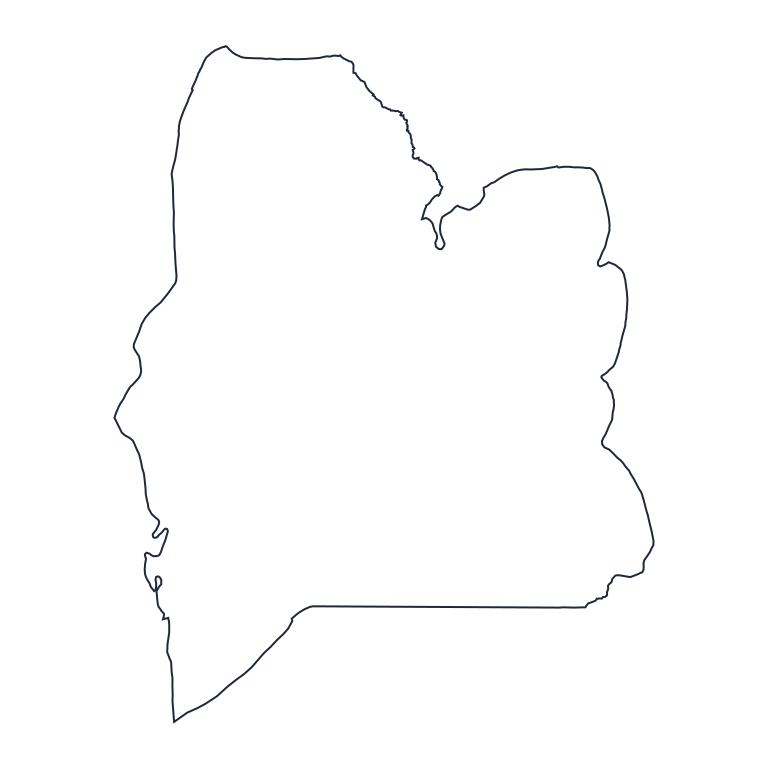 outline of Prasat Sambour, Kâmpóng Thum, Cambodia
{"feature_id": "14789045B86193170261556", "entity_name": "Prasat Sambour", "entity_type": "district", "adm_level": 2, "iso_a3": "KHM", "parent_name": "Cambodia", "parent_adm1": "Kâmpóng Thum", "projection": "natural_earth1", "projection_center": [105.145, 12.863], "detail": "fine", "context": "isolated", "style": "outline", "palette": "slate", "viewbox_px": 768, "rotation_deg": 0, "n_neighbors": 0, "source": "geoboundaries", "source_scale": "gbopen_adm2", "svg_char_len": 6067}
<svg xmlns="http://www.w3.org/2000/svg" viewBox="0 0 768 768"><path d="M171.6,671.5L172.5,678.6L172.4,686.1L172.7,694.3L172.5,701.4L174.1,721.9L187.1,712.7L197.6,708.0L205.4,703.8L217.0,696.2L227.2,686.9L235.6,680.2L244.6,673.6L251.7,667.2L264.2,652.8L270.7,646.8L277.0,640.0L283.5,633.9L288.1,628.7L292.3,621.1L291.7,618.7L297.5,613.7L300.2,611.8L304.8,609.1L310.2,606.8L313.0,606.3L560.2,607.6L562.7,607.3L573.8,607.6L585.5,607.3L586.1,606.0L588.2,603.4L593.6,601.5L595.5,600.7L596.9,598.6L597.9,598.8L599.3,598.4L601.8,598.6L602.8,597.1L605.1,596.9L606.9,595.5L607.1,594.3L607.0,592.2L608.2,589.0L608.0,585.7L609.3,584.0L610.8,582.8L611.7,581.8L612.2,579.1L615.2,575.7L617.2,575.2L620.1,575.4L630.3,577.1L637.9,574.2L640.9,572.7L642.3,572.3L643.5,569.8L643.7,566.9L643.5,563.2L644.3,560.2L649.8,552.3L651.8,547.8L653.3,545.4L653.5,542.0L653.4,540.1L651.7,531.7L648.8,519.7L647.9,515.4L646.8,512.1L643.2,498.3L641.3,492.4L639.1,489.0L634.0,479.3L630.0,472.7L629.4,471.0L625.4,466.5L623.3,463.3L620.9,460.6L617.3,457.7L613.0,453.2L609.1,449.5L604.4,447.4L602.2,444.3L601.9,441.2L603.3,438.1L605.5,434.5L609.4,425.2L612.1,419.8L612.8,412.0L613.5,409.5L614.1,404.9L613.8,402.2L613.8,399.8L613.1,398.0L612.5,394.5L611.4,390.8L609.8,388.7L608.5,386.5L607.5,383.6L606.4,382.2L603.8,380.5L602.4,378.9L601.3,377.2L601.7,376.0L605.6,373.5L607.8,371.6L609.1,370.1L613.1,366.7L614.9,363.6L617.7,355.4L618.6,352.7L619.3,349.1L620.1,346.9L620.6,344.8L620.7,342.6L621.2,341.4L622.5,335.4L625.3,325.8L625.5,321.8L626.2,318.6L626.5,313.4L627.0,309.2L627.4,299.1L626.7,290.9L625.2,279.6L624.3,276.5L624.1,274.7L622.4,271.3L621.2,269.6L615.3,264.9L608.6,262.2L606.8,263.5L603.1,265.4L600.4,266.4L598.5,265.6L598.0,264.4L597.9,263.1L598.2,261.5L598.8,260.0L599.9,258.7L602.3,252.3L604.7,247.9L605.6,245.2L606.8,240.1L609.5,230.5L609.4,228.4L609.6,225.2L608.8,217.5L607.1,208.9L604.7,199.2L602.5,192.1L602.1,190.0L600.4,183.8L598.8,180.5L597.3,176.3L594.8,171.8L593.1,170.0L591.4,168.8L589.7,168.0L587.0,168.1L583.0,167.6L577.8,167.3L574.6,167.4L569.2,166.8L563.6,166.8L558.6,167.5L557.1,166.3L554.4,167.0L541.9,169.0L530.1,169.5L526.0,169.3L522.9,169.5L517.4,170.4L511.3,172.3L504.4,175.6L499.9,178.3L494.1,182.3L491.4,183.1L487.1,186.2L483.7,187.7L483.7,189.3L484.0,193.0L484.4,194.4L483.9,196.5L480.2,202.7L475.9,206.0L470.1,209.7L467.6,209.6L459.3,206.8L457.6,205.7L455.1,207.2L451.1,211.5L444.3,215.6L442.1,217.3L441.1,220.5L440.2,225.1L440.0,229.4L440.6,233.8L444.6,243.8L443.9,246.1L441.6,249.2L438.7,249.0L435.9,246.6L435.3,242.7L437.0,238.4L437.0,235.8L436.2,233.1L434.7,230.9L432.5,223.3L430.2,220.5L427.9,218.9L425.9,218.0L422.0,219.2L425.0,208.9L426.0,207.2L426.0,205.6L428.1,204.3L430.0,202.5L431.5,200.0L433.4,197.7L434.9,196.3L437.2,195.1L438.5,195.8L440.2,193.1L440.8,190.2L441.8,188.7L442.4,187.0L440.8,185.6L439.7,184.0L439.8,182.7L439.0,181.9L438.7,180.3L436.9,179.1L437.1,178.0L436.5,174.5L435.9,173.1L435.0,171.7L433.7,171.0L433.4,169.9L432.3,168.0L431.3,167.1L430.5,165.7L427.2,164.6L420.7,160.2L419.5,160.4L418.5,159.5L418.7,157.8L417.3,157.9L416.2,158.7L413.8,158.5L413.1,157.5L412.6,156.3L412.7,155.1L413.5,153.5L413.4,152.0L412.7,150.0L414.5,148.5L413.8,147.3L412.8,147.0L412.4,144.4L411.5,143.2L411.6,139.5L410.8,137.9L410.8,135.7L410.3,134.2L408.5,132.2L408.4,130.7L406.9,130.7L406.9,129.6L407.7,127.9L407.2,126.8L407.8,125.8L407.1,124.9L406.3,122.9L406.9,121.8L407.0,120.3L406.1,119.8L405.1,119.8L403.9,118.5L403.4,116.8L403.4,115.3L401.3,115.7L400.4,115.1L401.8,112.7L399.4,112.0L398.0,111.0L396.2,111.2L392.5,110.5L390.8,110.6L390.0,109.3L388.7,109.3L385.0,107.3L383.4,107.3L382.3,106.6L381.0,102.4L380.1,101.1L376.8,99.2L375.4,98.1L375.0,96.7L372.8,95.5L373.6,94.4L369.6,91.2L368.2,89.4L366.4,87.0L364.5,82.1L362.7,81.1L360.8,80.4L356.8,75.5L355.6,73.2L353.4,72.8L353.5,64.9L352.5,62.9L351.1,61.7L348.9,61.1L343.6,58.4L341.3,56.7L340.2,55.3L338.9,56.0L335.8,55.7L333.4,55.7L330.0,56.6L327.7,56.3L324.8,56.6L319.9,57.9L304.4,59.0L296.7,59.2L284.4,59.0L277.7,59.5L270.2,58.6L265.8,58.9L262.2,58.4L252.3,58.2L244.8,57.8L241.6,57.2L235.7,54.5L233.0,52.8L228.9,49.1L227.6,47.4L226.7,46.6L225.6,46.1L224.5,46.9L222.4,47.2L215.4,50.2L211.2,53.1L206.2,57.6L203.7,62.1L201.5,67.5L200.1,69.7L199.5,71.5L198.3,73.2L197.5,75.8L195.3,81.3L192.8,86.5L191.8,89.0L192.7,90.0L188.6,98.8L187.7,101.7L183.8,110.5L181.0,118.0L179.9,121.4L179.0,125.8L178.9,129.1L178.6,131.3L178.9,134.8L177.9,141.0L177.4,145.5L176.9,148.4L176.5,151.4L175.2,159.3L173.1,167.0L171.6,173.8L172.3,179.2L172.9,186.5L173.3,203.6L173.9,212.8L173.6,224.0L173.8,230.6L174.3,235.7L174.5,247.5L175.1,254.4L175.5,263.6L176.5,275.8L176.2,280.4L175.3,283.2L167.7,293.8L160.5,302.6L155.4,306.9L149.5,312.8L145.1,318.1L141.7,324.0L139.3,331.1L133.9,344.1L133.7,347.3L134.8,349.8L139.0,356.3L140.1,361.1L140.6,366.8L141.0,368.5L141.1,371.7L140.2,375.5L138.7,378.0L132.5,384.9L130.8,386.2L129.6,387.7L125.3,395.0L123.7,398.6L120.2,403.9L118.6,407.0L115.6,414.1L114.5,417.8L121.8,432.6L125.2,435.5L129.9,438.1L132.7,440.5L133.8,442.4L137.0,449.9L139.2,454.5L141.1,462.2L142.2,468.1L143.7,473.0L144.2,475.7L145.5,488.0L145.8,494.4L147.0,500.7L147.9,503.8L148.1,506.4L148.8,509.0L151.7,514.1L155.7,517.8L157.5,519.1L158.7,520.5L159.2,522.3L158.7,524.5L157.9,526.3L156.1,530.0L152.8,534.0L152.8,535.7L153.2,537.1L154.2,537.8L156.0,537.6L157.1,537.2L159.0,535.0L161.7,532.6L164.3,529.4L165.5,528.6L167.1,529.0L167.7,530.3L167.8,531.7L165.1,540.8L163.1,545.6L161.2,551.2L159.9,554.1L158.9,555.4L157.0,556.0L153.7,556.3L151.7,555.4L149.6,553.7L146.4,552.7L144.9,554.3L145.1,556.3L146.0,558.6L145.0,564.9L144.7,569.7L145.0,573.7L145.5,575.8L147.0,579.2L149.5,583.3L150.9,587.0L154.2,591.1L155.6,589.7L156.1,586.8L156.2,583.3L155.5,579.6L156.2,576.8L158.4,576.4L160.0,577.6L161.3,579.9L161.2,584.3L158.7,587.2L156.5,591.0L157.5,601.9L157.9,604.4L158.6,606.9L160.6,609.5L161.6,611.2L163.3,612.9L164.0,614.0L163.9,616.0L163.0,619.3L168.2,617.9L168.4,619.2L168.9,620.9L169.2,624.8L169.2,632.6L167.5,644.3L167.2,652.2L170.0,659.6L170.7,660.8L171.2,663.0L171.6,671.5Z" fill="none" stroke="#1e293b" stroke-width="2"/></svg>